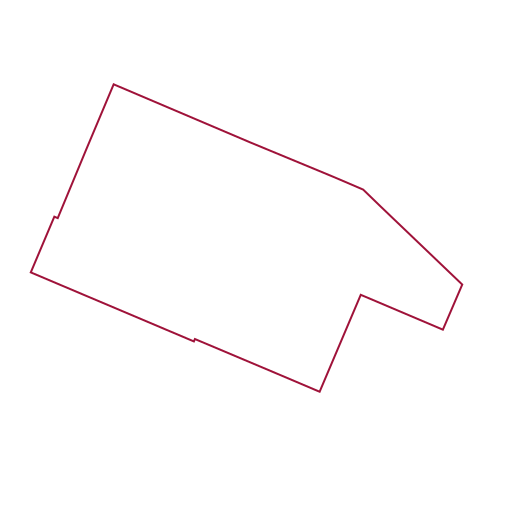 Santa Cruz, Arizona, United States of America (orthographic projection), rotated 203°
{"feature_id": "52423323B1252961664996", "entity_name": "Santa Cruz", "entity_type": "district", "adm_level": 2, "iso_a3": "USA", "parent_name": "United States of America", "parent_adm1": "Arizona", "projection": "orthographic", "projection_center": [-110.91, 31.532], "detail": "fine", "context": "isolated", "style": "outline", "palette": "rose", "viewbox_px": 512, "rotation_deg": 203, "n_neighbors": 0, "source": "geoboundaries", "source_scale": "gbopen_adm2", "svg_char_len": 367}
<svg xmlns="http://www.w3.org/2000/svg" viewBox="0 0 512 512"><g transform="rotate(203 256 256)"><path d="M55.0,310.3L161.0,350.4L183.3,359.0L216.0,359.1L306.4,358.3L454.1,358.4L453.9,288.1L453.3,213.4L457.0,213.4L456.9,152.9L279.8,153.1L279.8,155.7L191.0,155.9L144.4,155.9L144.4,261.2L55.2,261.2L55.0,310.3Z" fill="none" stroke="#9f1239" stroke-width="2"/></g></svg>